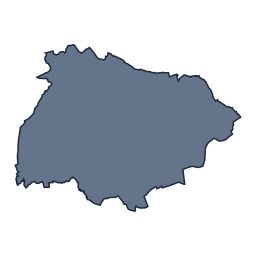 Letca, Salaj, Romania
{"feature_id": "2599482B91851196787653", "entity_name": "Letca", "entity_type": "district", "adm_level": 2, "iso_a3": "ROU", "parent_name": "Romania", "parent_adm1": "Salaj", "projection": "albers", "projection_center": [23.411, 47.354], "detail": "fine", "context": "isolated", "style": "filled", "palette": "slate", "viewbox_px": 256, "rotation_deg": 0, "n_neighbors": 0, "source": "geoboundaries", "source_scale": "gbopen_adm2", "svg_char_len": 5623}
<svg xmlns="http://www.w3.org/2000/svg" viewBox="0 0 256 256"><path d="M123.1,202.0L123.6,204.0L125.7,204.4L126.4,204.9L127.0,206.7L128.3,209.2L131.1,210.3L134.4,211.1L135.3,210.8L135.3,209.0L135.5,206.6L136.0,206.2L136.6,206.8L137.2,207.1L140.1,208.0L144.7,207.9L146.2,207.5L147.9,206.4L146.1,201.9L145.7,200.7L145.8,200.6L145.2,199.1L144.1,196.5L147.4,193.6L149.0,191.5L150.5,190.0L152.6,188.5L155.4,186.9L156.0,186.7L157.0,188.8L160.5,187.1L161.8,186.3L162.4,187.8L169.2,185.8L178.4,182.3L179.5,182.5L181.4,183.3L182.6,183.5L183.2,184.1L184.7,184.2L182.9,169.5L186.2,168.1L191.2,166.5L192.5,166.4L193.9,166.5L196.6,167.3L198.3,167.4L201.4,166.7L202.9,166.1L203.4,164.9L204.1,161.6L204.8,160.0L204.8,158.3L205.2,151.9L205.2,149.3L205.9,146.8L207.4,144.0L209.0,142.0L212.0,139.9L212.3,139.4L212.8,139.1L214.3,138.4L215.6,138.8L216.8,139.8L219.1,141.0L220.7,141.0L223.4,140.5L225.6,139.7L229.9,136.0L232.4,134.2L231.2,131.6L231.1,130.6L232.3,130.2L232.8,129.4L232.8,129.1L232.4,127.3L232.7,126.8L232.9,125.9L233.5,125.0L233.5,124.4L233.2,123.3L233.2,122.7L233.7,121.7L240.6,117.2L239.7,115.7L238.5,114.3L238.2,114.4L237.9,114.0L237.3,114.1L236.3,111.5L234.9,111.9L234.6,110.9L233.7,110.1L232.2,107.6L230.8,107.9L228.5,106.5L227.4,106.7L225.7,106.3L225.2,105.6L224.5,105.4L224.3,104.8L223.3,104.2L222.3,103.7L219.9,102.0L218.2,101.2L217.8,100.6L217.5,99.7L216.6,100.5L216.2,100.4L215.4,101.1L215.1,100.3L213.9,98.7L213.0,96.7L212.3,93.6L211.3,91.6L210.8,90.2L209.6,88.5L208.5,87.6L207.5,85.1L206.9,84.1L205.9,81.8L204.9,81.1L204.2,79.9L203.8,79.5L202.9,79.4L201.9,78.9L199.8,77.5L199.2,76.7L198.9,75.6L196.2,76.6L196.1,75.6L191.3,76.3L191.1,77.0L190.3,76.9L190.4,76.7L184.3,74.9L179.9,78.1L178.4,81.0L177.0,77.3L176.8,75.8L177.8,75.6L177.6,74.5L176.4,74.4L173.6,75.1L170.4,76.5L169.4,76.7L168.5,72.7L166.0,72.9L162.6,72.4L162.0,72.7L161.3,72.6L157.9,73.1L155.3,72.9L153.8,72.5L152.7,72.7L151.3,72.5L150.7,71.8L147.0,71.5L146.0,71.3L144.8,70.5L142.7,70.4L141.7,69.6L141.0,69.4L140.2,69.4L138.5,69.8L135.4,69.2L134.0,68.6L132.4,67.0L131.4,66.3L127.5,63.8L124.7,62.8L124.6,61.4L122.3,59.8L120.0,58.5L118.2,57.9L116.7,57.0L114.1,55.9L113.9,55.9L113.6,56.3L112.6,55.7L110.7,53.6L110.1,53.7L109.5,53.3L108.1,52.8L107.7,54.9L107.2,55.9L106.5,56.8L105.6,56.5L105.6,58.1L105.0,58.8L104.6,59.7L104.1,59.8L98.9,58.8L98.0,58.3L96.3,56.4L95.0,54.2L90.6,48.7L89.6,47.6L89.3,47.5L88.0,48.5L85.7,49.5L84.1,51.2L82.5,52.4L82.0,53.1L81.4,53.1L80.0,52.1L78.6,51.5L77.8,49.9L77.0,49.1L76.2,47.7L74.8,45.9L74.4,45.0L74.2,44.9L72.6,44.9L70.9,45.6L69.0,45.4L67.8,46.0L67.5,46.3L67.1,48.0L66.3,48.5L65.7,50.8L65.6,51.9L65.1,52.9L63.1,51.8L62.3,51.6L59.7,52.4L58.7,53.9L56.4,54.9L55.6,54.8L55.0,54.3L53.9,54.2L53.2,51.9L52.9,51.0L45.6,53.0L46.2,53.2L46.5,54.3L46.2,55.0L46.1,56.2L45.4,56.6L45.0,57.4L45.2,58.4L45.0,59.2L45.1,60.1L45.3,60.4L45.9,60.7L46.0,62.3L46.3,62.7L47.2,63.3L48.2,63.4L48.8,64.2L50.8,68.6L50.7,68.9L50.1,69.8L50.1,70.2L49.5,71.0L47.0,72.7L46.0,72.8L43.5,74.3L42.7,74.5L39.9,75.7L39.4,76.3L36.9,77.1L37.2,77.7L38.7,77.9L39.9,78.4L41.3,78.3L43.4,78.6L44.5,78.6L45.4,78.3L46.5,78.4L46.8,78.9L47.2,79.2L47.3,79.9L47.9,80.2L48.1,81.5L48.4,81.9L50.2,82.2L50.7,82.4L51.9,83.9L50.4,85.9L49.2,86.7L48.6,86.9L48.5,87.3L48.8,88.1L48.8,88.6L48.1,89.1L47.5,89.7L46.9,91.1L46.1,91.0L45.8,90.7L45.4,90.8L44.7,91.6L44.9,92.2L44.5,92.6L44.5,93.0L44.2,93.3L44.3,93.7L42.5,94.8L42.1,95.5L42.1,96.5L41.2,98.3L39.4,100.9L38.3,102.9L37.8,104.6L37.1,106.0L34.8,108.5L34.1,111.9L33.5,113.1L33.4,113.9L29.3,118.0L28.0,118.9L25.1,120.6L24.6,120.7L24.5,121.2L25.1,121.7L25.2,122.3L23.0,125.0L20.5,127.1L18.6,139.5L18.1,145.2L18.0,145.4L18.1,148.5L17.9,152.0L17.7,152.5L17.4,156.0L17.8,157.0L17.9,157.8L17.4,158.1L17.6,158.3L17.7,161.6L18.4,163.3L17.1,164.5L15.4,165.1L15.7,166.5L16.3,167.4L16.8,169.7L17.3,170.7L17.5,171.0L17.9,171.2L18.5,171.9L18.8,172.0L18.6,172.2L18.2,172.0L17.7,172.4L17.6,172.8L16.6,174.1L18.3,176.0L18.6,176.2L18.6,176.4L18.0,176.6L16.9,176.2L16.1,178.5L16.1,178.8L16.4,179.1L16.2,180.2L17.0,181.2L16.5,181.6L16.9,182.3L16.7,183.0L17.2,184.3L17.7,185.2L18.8,183.7L19.8,183.7L20.8,182.8L20.8,182.5L21.4,181.8L21.7,181.1L22.5,180.9L22.8,181.2L23.1,181.3L23.1,180.4L23.8,180.7L23.6,179.4L24.2,180.1L24.4,180.6L24.4,181.7L24.0,184.3L24.1,185.4L24.8,186.0L25.1,186.5L25.6,187.6L25.9,187.9L26.2,187.8L26.2,187.4L27.9,186.2L27.9,185.6L28.8,184.4L29.9,184.5L30.8,183.3L31.4,182.9L31.7,182.2L32.9,182.1L34.2,181.6L34.9,181.7L35.1,181.6L35.4,181.6L35.8,182.6L36.3,183.3L37.1,183.4L38.9,183.2L40.3,182.4L41.3,182.3L42.1,181.7L42.4,181.7L43.2,183.2L43.9,186.3L44.4,187.4L49.2,187.2L49.3,184.5L48.7,182.8L49.6,182.7L50.1,182.9L50.7,182.6L52.8,182.6L52.7,181.4L53.0,181.4L53.4,181.6L53.5,181.5L53.5,181.1L54.2,181.4L54.8,181.4L55.3,181.9L56.9,182.2L58.7,182.8L60.0,182.6L61.6,183.1L62.3,183.0L63.6,182.3L64.8,182.5L65.7,181.2L66.1,181.0L66.9,181.0L67.2,181.5L69.1,181.3L69.6,180.4L70.3,179.8L70.8,178.2L71.1,177.9L71.5,177.8L72.2,178.0L72.7,177.6L72.9,177.2L73.2,177.4L73.3,177.9L73.9,177.9L74.9,178.7L76.2,180.0L77.4,182.5L78.2,182.7L78.2,184.5L78.4,185.8L78.0,186.8L78.7,188.5L79.2,188.9L78.8,189.3L78.9,189.7L80.2,190.7L80.1,190.1L80.3,189.6L81.5,190.7L82.6,190.8L82.4,191.2L82.7,191.6L83.7,191.1L84.3,191.7L84.1,192.1L84.1,192.5L83.9,192.7L84.0,193.2L85.0,193.9L85.2,194.5L86.5,195.7L86.7,196.1L87.1,197.1L86.4,197.2L86.8,197.9L86.9,198.5L86.9,198.8L87.8,199.7L89.3,199.8L91.2,201.3L92.6,201.9L92.9,202.5L94.0,203.3L95.0,203.7L98.0,204.7L100.3,205.1L101.5,202.4L103.1,200.1L104.2,198.8L104.8,198.6L107.2,198.5L110.2,197.4L115.5,197.4L115.8,197.3L117.9,195.6L121.5,200.2L123.1,202.0Z" fill="#64748b" stroke="#1e293b" stroke-width="1.5"/></svg>